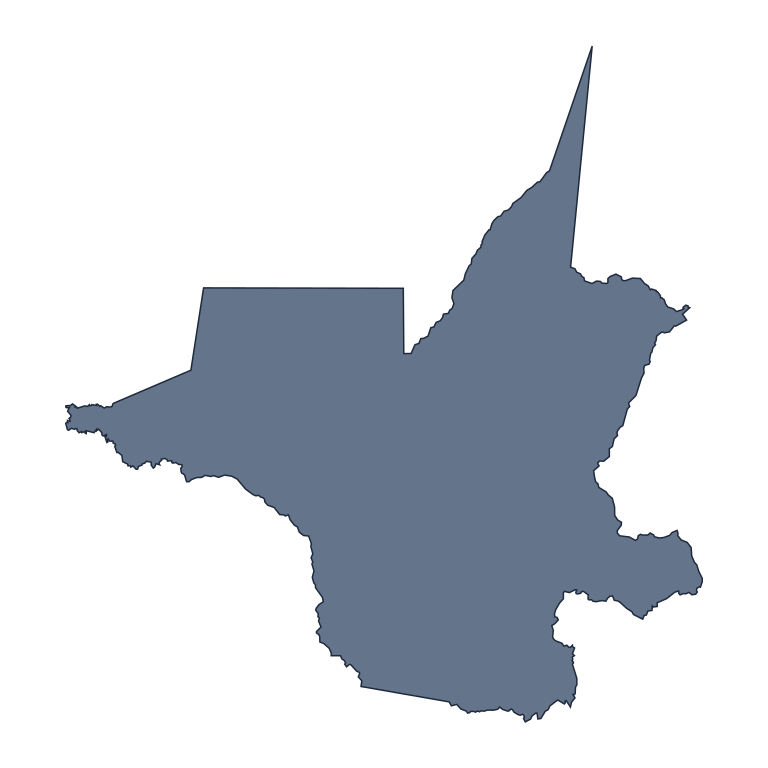 the district of Aquidauana, Mato Grosso do Sul, Brazil
{"feature_id": "56859067B57339224225179", "entity_name": "Aquidauana", "entity_type": "district", "adm_level": 2, "iso_a3": "BRA", "parent_name": "Brazil", "parent_adm1": "Mato Grosso do Sul", "projection": "mercator", "projection_center": [-55.836, -19.55], "detail": "fine", "context": "isolated", "style": "filled", "palette": "slate", "viewbox_px": 768, "rotation_deg": 0, "n_neighbors": 0, "source": "geoboundaries", "source_scale": "gbopen_adm2", "svg_char_len": 6083}
<svg xmlns="http://www.w3.org/2000/svg" viewBox="0 0 768 768"><path d="M530.6,719.1L531.8,716.2L535.8,713.1L537.0,713.2L537.9,719.0L540.9,718.5L545.2,711.4L548.3,709.5L549.8,706.0L557.7,700.0L564.4,704.0L565.3,702.8L565.0,701.1L566.2,700.6L570.4,707.0L571.6,702.1L575.0,697.9L573.0,694.5L574.6,694.5L575.2,693.5L575.5,687.2L576.9,684.7L576.8,678.3L572.4,664.1L573.5,662.9L573.1,661.7L572.0,660.8L572.8,659.2L572.3,657.0L574.4,655.6L572.5,653.8L574.6,648.0L572.4,646.5L572.4,645.3L570.3,647.3L568.9,647.3L566.8,645.2L563.9,646.1L561.9,643.2L555.5,640.8L553.5,639.0L552.6,636.5L553.3,630.6L551.8,625.5L554.9,623.7L558.3,619.8L557.1,617.4L554.7,616.8L554.6,613.4L555.7,609.7L559.6,603.0L563.4,598.8L563.4,592.6L564.6,591.4L569.3,592.6L575.4,589.7L576.7,589.9L575.8,592.3L576.1,593.5L577.5,594.0L580.7,593.3L581.3,591.9L583.4,591.3L588.2,594.9L588.0,599.0L589.0,599.9L591.4,599.7L593.1,601.3L596.3,601.7L601.8,600.6L605.9,601.2L607.6,598.2L610.1,596.1L612.6,596.1L614.3,600.3L618.0,601.0L620.5,602.7L626.7,608.4L631.9,611.7L633.5,614.5L642.7,619.2L644.2,615.4L646.4,615.0L647.8,611.1L652.0,610.4L652.3,606.0L653.3,607.0L657.2,606.5L657.1,602.8L666.7,598.6L674.8,592.2L678.6,591.0L678.9,593.5L680.1,594.9L683.2,593.6L686.0,593.8L688.8,592.4L692.0,594.8L695.7,594.2L697.3,592.0L696.5,590.7L696.9,588.2L699.1,586.9L700.4,587.2L702.2,582.0L702.3,578.4L698.9,571.7L696.7,564.7L694.5,562.4L691.7,555.9L691.2,547.7L687.2,542.4L681.1,539.9L677.6,535.4L678.1,533.8L677.1,530.4L672.0,532.6L669.8,535.3L664.1,537.4L659.4,538.0L654.5,536.8L653.6,534.9L650.1,533.0L647.9,535.0L642.5,535.1L640.6,534.3L638.3,535.6L637.4,539.1L635.4,540.4L629.4,537.0L619.6,535.8L617.4,533.1L617.3,530.5L621.2,525.4L621.5,522.3L617.6,519.9L614.7,515.4L614.6,507.1L612.3,498.3L608.2,494.9L606.3,492.0L598.8,487.4L598.0,483.9L595.6,481.6L594.6,477.2L593.6,470.8L599.1,465.9L597.6,463.2L599.6,461.0L603.8,461.2L609.4,456.5L609.3,448.8L612.4,446.4L614.1,438.9L617.5,435.6L616.9,433.3L617.6,430.7L620.3,427.1L622.8,425.7L627.4,408.9L629.7,406.6L628.5,403.0L636.0,395.4L641.4,378.3L644.1,372.9L643.7,368.8L644.6,365.5L649.1,364.1L650.2,361.5L649.5,360.1L650.7,353.3L651.9,352.1L652.8,347.9L655.5,344.7L654.6,343.0L656.1,340.7L656.6,336.2L661.7,332.0L664.7,332.8L669.6,331.8L674.3,325.8L675.8,326.1L686.6,320.1L682.6,314.2L689.7,307.7L688.3,307.3L688.0,305.8L685.7,305.2L683.5,306.9L682.9,308.0L683.7,308.7L682.7,309.6L676.5,311.5L673.5,308.8L667.8,307.0L665.4,303.5L664.3,299.9L661.8,297.8L660.5,297.9L660.4,295.6L657.5,291.8L656.3,291.6L656.2,290.5L651.6,289.0L650.4,289.9L648.1,285.8L644.6,283.6L640.4,278.5L632.4,278.1L625.4,280.7L623.0,280.6L621.6,279.3L621.4,276.9L615.9,274.1L610.1,276.5L607.9,278.6L607.9,282.7L607.0,283.4L602.2,283.2L600.3,281.4L596.4,281.1L592.1,283.5L584.5,280.9L584.0,277.8L582.0,276.5L580.4,273.8L576.7,272.2L574.9,268.7L570.6,267.2L592.2,46.1L549.5,170.8L546.6,172.6L540.0,181.7L537.4,182.2L531.6,187.5L526.8,190.4L521.0,197.6L513.0,203.3L511.4,206.8L508.4,209.9L504.0,211.3L500.7,216.0L497.8,216.7L493.9,220.5L492.0,223.4L490.1,229.8L489.0,229.8L484.9,234.9L482.0,241.8L482.5,243.3L481.1,244.8L480.8,247.3L477.5,250.1L475.8,254.0L471.9,258.4L471.2,264.1L469.1,265.8L465.4,273.6L463.8,280.1L453.0,290.5L451.9,297.7L453.9,303.5L452.1,308.5L449.8,310.0L448.3,313.4L443.4,314.1L442.6,317.5L440.2,320.8L436.1,322.4L433.9,326.9L430.8,327.7L428.0,336.1L423.4,338.4L420.8,338.6L418.9,343.4L415.0,344.7L411.1,353.5L403.8,353.6L403.3,288.3L203.6,287.9L190.9,370.2L114.1,403.0L112.9,403.8L112.0,406.5L109.8,407.1L106.7,406.7L104.2,408.1L100.7,405.7L99.9,406.4L97.6,404.2L96.4,404.3L96.6,405.4L91.7,404.6L91.3,405.5L89.6,405.6L89.3,404.7L87.6,406.4L84.7,405.9L77.2,408.2L76.7,406.9L75.0,406.9L75.4,406.0L72.5,403.9L70.7,405.4L65.9,405.8L65.8,407.1L66.8,407.8L69.4,407.6L67.6,411.2L70.9,415.3L70.8,416.9L69.0,418.5L70.0,419.8L69.9,421.4L67.5,420.5L67.7,422.7L66.5,422.5L65.7,423.5L67.5,429.8L68.8,430.2L71.3,428.4L74.7,429.3L75.8,428.4L77.1,428.9L77.1,430.4L79.0,432.7L81.6,431.6L81.8,432.6L84.8,431.6L85.1,433.1L86.2,433.6L86.3,430.7L94.0,432.7L96.6,429.4L96.6,430.8L98.6,429.2L101.7,432.5L102.0,435.0L103.3,436.0L106.5,434.6L106.4,436.4L105.0,436.8L106.9,442.5L107.9,441.9L107.3,439.6L108.2,438.8L109.6,441.1L112.9,441.2L113.3,443.3L115.0,443.8L115.6,445.2L114.7,446.4L116.9,452.6L118.0,452.3L121.9,455.5L122.7,461.7L127.8,464.2L127.9,465.8L130.0,465.7L130.8,467.2L132.8,465.8L136.1,469.3L137.6,469.2L138.6,466.4L141.9,465.1L142.0,464.0L144.7,463.2L146.5,461.3L151.2,462.2L151.2,465.2L153.3,468.1L154.5,467.3L156.1,463.7L159.7,464.8L159.0,463.6L159.6,461.9L161.7,460.2L161.4,459.1L164.8,458.5L167.3,459.8L167.5,461.1L171.7,460.7L171.8,462.5L172.8,463.1L176.0,462.6L178.8,464.5L181.8,464.6L182.2,466.4L180.8,468.2L181.1,471.7L181.7,473.0L184.5,474.8L186.6,481.7L189.1,481.7L191.6,479.5L196.6,477.6L201.8,477.4L204.9,475.4L211.1,476.5L213.2,475.6L218.7,477.3L224.5,475.1L231.7,476.2L237.2,479.1L245.6,489.1L253.0,494.6L255.8,495.8L258.8,495.4L260.5,497.0L263.1,497.8L264.5,499.2L264.9,502.0L267.7,505.2L274.2,507.5L279.7,514.6L283.9,514.9L285.3,516.0L288.4,514.9L290.2,519.9L294.5,525.3L297.4,526.9L299.3,532.2L303.5,535.5L308.6,536.0L311.3,543.4L310.9,546.7L312.8,553.9L311.1,557.7L312.8,562.2L311.9,563.9L314.0,571.0L312.3,577.4L313.8,582.9L315.4,584.7L315.5,587.7L322.4,597.4L323.3,601.7L319.0,604.6L316.1,608.4L315.8,610.3L318.3,613.8L317.9,616.7L319.3,617.9L318.6,621.1L321.0,627.0L316.5,631.5L316.4,632.9L318.7,634.5L319.7,636.4L319.9,642.0L323.9,643.6L329.2,648.3L331.3,653.1L331.2,655.7L340.5,655.7L341.9,659.0L344.2,660.4L345.6,662.8L344.7,664.2L346.6,666.8L349.3,664.5L350.7,664.6L356.7,671.2L359.2,672.3L359.7,673.4L358.3,676.8L361.8,680.8L361.0,686.5L449.2,701.9L451.3,705.8L456.8,704.4L460.8,709.0L466.1,711.0L467.6,713.1L469.7,712.7L470.3,711.5L473.9,711.4L475.6,712.2L477.3,711.0L479.6,711.8L481.1,710.8L483.9,711.2L487.6,710.1L493.5,710.2L497.8,709.2L499.7,707.0L502.6,709.4L507.5,711.1L508.9,711.0L510.9,709.0L512.4,709.6L514.0,712.2L518.5,714.8L520.4,715.2L522.6,714.3L523.6,715.1L524.4,717.0L523.5,718.5L525.3,721.9L530.6,719.1Z" fill="#64748b" stroke="#1e293b" stroke-width="1.5"/></svg>